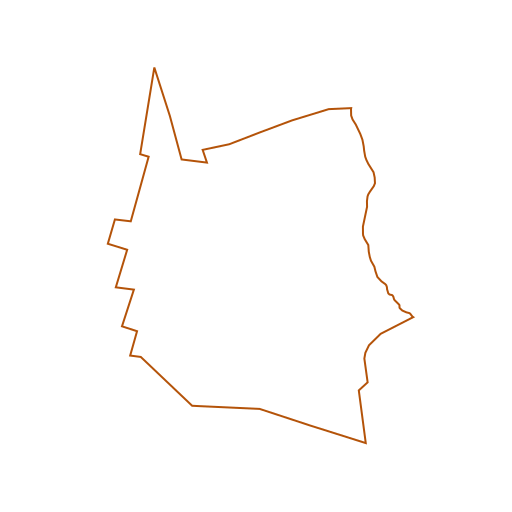 Chittenden, Vermont, United States of America (Mercator projection), rotated 170°
{"feature_id": "52423323B83826367261250", "entity_name": "Chittenden", "entity_type": "district", "adm_level": 2, "iso_a3": "USA", "parent_name": "United States of America", "parent_adm1": "Vermont", "projection": "mercator", "projection_center": [-73.209, 44.442], "detail": "fine", "context": "isolated", "style": "outline", "palette": "amber", "viewbox_px": 512, "rotation_deg": 170, "n_neighbors": 0, "source": "geoboundaries", "source_scale": "gbopen_adm2", "svg_char_len": 1256}
<svg xmlns="http://www.w3.org/2000/svg" viewBox="0 0 512 512"><g transform="rotate(170 256 256)"><path d="M136.6,385.1L158.9,388.0L196.9,383.3L229.9,377.2L263.0,370.7L290.1,369.8L288.1,356.5L312.5,364.0L316.5,408.8L323.4,459.3L352.4,376.4L344.5,372.4L361.1,337.5L373.3,311.9L388.6,316.5L399.8,293.8L381.8,284.5L399.5,249.5L382.1,244.1L400.2,210.0L386.2,202.6L397.2,179.8L387.0,176.6L344.9,119.6L337.9,118.0L279.0,104.8L232.4,79.8L180.4,52.7L178.1,105.8L168.0,112.2L167.1,136.2L165.1,141.7L160.2,148.5L146.8,157.7L111.8,168.5L112.5,169.2L114.2,172.5L115.0,173.2L117.7,174.4L121.4,176.9L123.5,179.7L123.6,180.6L123.3,182.3L123.4,183.1L127.2,188.5L127.6,189.7L127.8,192.0L128.3,193.3L128.8,193.9L131.2,194.9L132.2,196.2L132.6,199.8L132.7,200.1L132.5,202.6L132.8,204.6L133.6,205.9L136.9,209.3L140.1,214.3L141.0,220.2L141.3,224.9L143.6,231.4L144.1,235.3L144.2,240.6L143.5,247.3L146.0,253.7L146.9,257.6L146.8,259.3L146.7,259.8L145.6,266.4L138.1,285.1L137.2,290.8L135.8,295.3L134.8,297.1L132.7,299.5L127.9,304.3L126.2,307.0L125.5,312.7L125.7,318.1L129.4,327.2L129.6,327.9L130.6,331.4L131.2,334.8L131.2,340.9L130.9,345.3L131.0,352.0L132.1,358.1L134.9,368.1L137.2,373.7L137.9,377.8L136.9,384.3L136.6,385.1Z" fill="none" stroke="#b45309" stroke-width="2"/></g></svg>